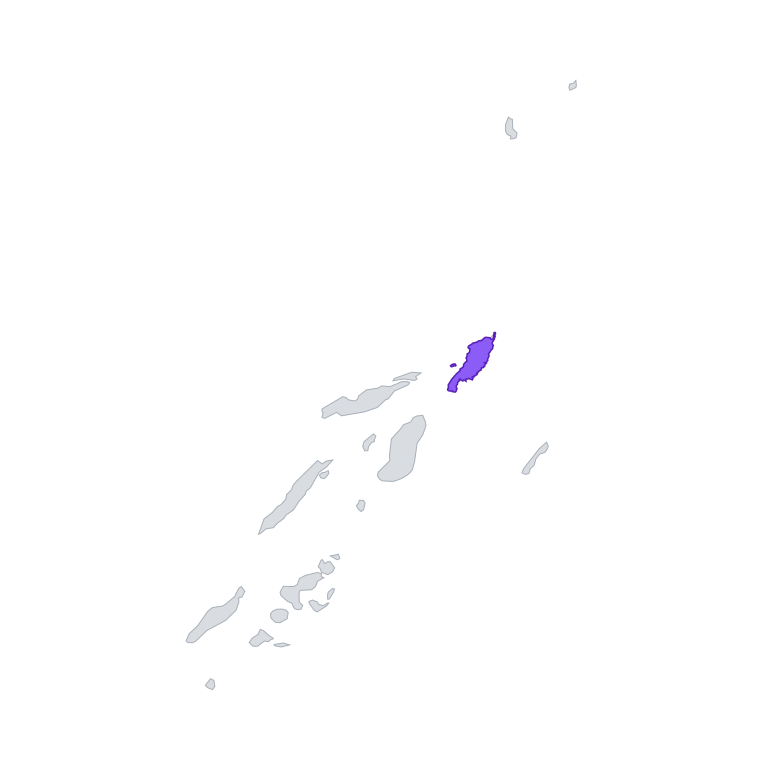 Makira highlighted on a map of Solomon Islands, rotated 276°
{"feature_id": "SLB-3509", "entity_name": "Makira", "entity_type": "Province", "adm_level": 1, "iso_a3": "SLB", "parent_name": "Solomon Islands", "parent_adm1": "", "projection": "robinson", "projection_center": [161.795, -10.523], "detail": "fine", "context": "in_parent", "style": "filled", "palette": "violet", "viewbox_px": 768, "rotation_deg": 276, "n_neighbors": 0, "source": "natural_earth", "source_scale": "10m", "svg_char_len": 6331}
<svg xmlns="http://www.w3.org/2000/svg" viewBox="0 0 768 768"><g transform="rotate(276 384 384)"><path d="M295.7,387.4L308.3,397.8L313.7,396.9L330.3,397.1L340.1,404.5L345.8,408.0L349.0,414.6L353.0,416.2L355.5,419.6L356.9,425.8L350.8,429.1L347.2,430.1L337.6,427.9L328.4,423.1L310.1,422.5L301.6,421.1L298.7,419.3L296.0,416.9L291.7,411.1L288.4,404.3L287.8,400.3L287.5,392.7L288.6,389.9L292.0,387.1L295.7,387.4ZM352.8,325.0L367.1,344.4L366.5,347.8L364.6,350.1L364.0,356.6L365.8,359.1L369.7,360.2L376.3,367.2L379.2,378.3L381.9,382.1L382.0,390.3L388.3,401.6L388.8,407.0L388.2,409.4L385.6,408.0L378.2,395.2L369.6,389.7L368.6,387.3L360.0,379.9L354.2,367.3L347.9,345.0L350.8,339.7L343.7,328.8L344.1,325.9L349.1,326.5L350.1,325.2L352.8,325.0ZM301.3,334.7L303.1,340.9L295.4,335.4L289.6,328.8L272.9,321.5L269.3,317.8L266.3,317.4L257.8,311.3L249.4,307.2L243.0,299.8L239.9,298.5L234.6,292.7L229.5,288.9L227.7,281.9L222.7,277.1L221.5,275.0L237.3,278.8L244.7,286.5L251.0,290.9L253.2,294.0L258.9,298.3L263.9,298.7L269.0,303.0L273.7,304.2L277.3,306.5L300.9,325.9L298.1,331.0L301.3,334.7ZM408.2,459.9L415.4,463.7L419.5,463.1L425.7,465.7L430.5,464.2L433.4,467.6L440.9,480.9L440.9,485.2L445.8,488.3L441.7,488.9L435.9,487.3L431.5,488.4L426.9,485.8L419.1,484.4L412.3,481.4L398.0,471.6L398.1,466.7L395.8,464.3L395.1,458.2L390.0,456.3L384.1,456.0L383.6,453.1L384.7,448.0L389.1,448.1L394.5,450.2L408.2,459.9ZM165.8,261.0L167.7,263.3L163.2,267.2L157.4,265.1L156.0,261.7L151.9,262.5L143.7,260.6L132.4,251.3L120.4,233.7L108.9,224.0L106.7,221.0L106.4,216.0L107.9,214.1L115.1,216.2L124.4,224.2L139.6,232.5L143.7,236.7L146.4,246.9L149.0,250.0L157.2,257.8L165.8,261.0ZM181.8,320.3L185.4,325.7L189.6,337.5L188.8,341.6L185.9,341.8L185.1,344.4L181.0,338.7L175.7,337.1L171.8,333.6L170.0,322.1L167.0,321.4L158.2,322.5L155.4,326.3L151.4,325.1L150.5,321.7L151.2,318.4L156.5,315.1L157.6,310.9L162.9,303.6L166.1,302.4L172.3,305.0L173.1,315.3L175.4,318.7L181.8,320.3ZM343.1,551.7L339.2,553.9L335.5,552.8L332.8,551.1L330.5,546.1L325.6,543.0L318.7,541.7L315.2,538.4L310.4,537.5L309.0,534.8L309.4,532.0L310.2,530.5L314.6,531.8L335.8,545.1L343.1,551.7ZM120.1,299.6L119.1,300.5L117.1,297.0L115.7,295.9L115.8,291.9L110.0,285.6L109.5,281.2L112.8,276.9L117.3,279.4L121.8,284.8L127.1,286.6L126.0,290.1L121.3,296.6L120.1,299.6ZM149.0,309.9L146.7,312.6L140.4,312.2L135.7,305.5L135.7,300.6L139.4,296.0L143.9,295.2L146.4,296.9L148.7,300.8L149.5,305.6L149.0,309.9ZM201.6,349.1L196.0,354.2L191.9,352.5L188.5,348.1L190.2,341.4L193.5,340.0L195.3,337.7L201.4,339.5L203.0,340.8L199.3,344.1L201.3,346.6L201.6,349.1ZM660.7,484.0L651.3,485.4L647.6,490.1L642.7,489.6L641.1,485.8L641.1,483.9L643.7,484.2L645.1,480.5L647.9,478.6L654.5,477.7L662.4,479.8L660.5,483.2L660.7,484.0ZM398.6,410.4L398.9,419.7L394.6,414.6L392.5,416.4L390.7,414.0L391.1,403.1L388.1,392.6L390.5,393.6L398.6,410.4ZM160.4,351.0L160.4,352.0L157.3,350.1L150.3,341.3L151.5,338.4L157.9,332.7L159.8,332.0L161.7,335.5L160.1,340.7L158.0,342.0L157.2,346.9L160.4,351.0ZM319.6,369.4L324.5,370.1L333.3,378.8L331.2,381.4L327.1,380.1L325.8,380.6L324.5,377.7L320.0,375.1L316.0,374.9L315.5,371.9L319.6,369.4ZM263.5,377.7L256.8,376.8L254.8,374.5L257.2,371.3L260.1,369.2L262.8,371.1L265.8,371.6L266.1,375.7L263.5,377.7ZM71.4,245.8L65.6,247.4L62.1,245.3L63.6,240.3L65.6,237.8L72.8,242.3L71.4,245.8ZM292.0,337.6L289.3,338.5L285.3,336.1L283.5,334.0L284.3,330.6L286.7,329.3L289.4,331.6L289.7,333.9L292.0,337.6ZM705.9,543.1L700.9,544.1L698.9,543.8L695.6,538.2L698.1,536.9L701.7,537.4L702.8,540.7L705.9,543.1ZM175.1,354.0L175.0,356.2L171.7,355.5L164.4,352.1L164.1,350.5L168.3,349.9L171.3,350.4L175.1,354.0ZM115.9,310.8L114.7,317.4L111.7,309.3L112.3,302.7L113.4,301.9L115.9,310.8ZM209.9,356.5L205.7,358.3L204.3,355.7L207.4,348.7L209.9,356.5Z" fill="#d9dde1" stroke="#a8b0b8" stroke-width="1"/><path d="M445.9,488.3L446.5,488.0L446.9,488.5L446.8,489.3L446.1,489.7L445.3,489.5L444.6,489.3L443.9,489.2L443.1,489.7L442.7,489.4L442.1,489.3L441.1,489.2L440.4,489.1L436.3,487.3L435.0,487.5L433.7,488.8L433.1,488.4L432.3,488.3L430.8,488.3L430.2,488.2L429.8,487.8L429.4,487.4L429.0,487.0L426.5,485.9L425.6,485.0L425.1,484.8L424.4,484.9L422.7,485.6L422.2,485.4L421.6,485.1L419.2,484.3L419.3,484.4L419.0,484.6L418.3,484.8L417.9,484.6L417.3,484.0L417.1,483.9L416.5,483.7L416.1,483.2L415.7,482.1L415.4,483.0L415.3,483.5L414.1,482.4L413.4,482.2L412.6,482.5L412.4,482.1L412.0,481.6L411.8,481.2L411.2,481.5L410.8,481.1L410.5,480.4L410.6,479.9L410.1,479.1L409.4,479.1L408.6,479.2L407.9,479.0L407.5,478.4L407.3,477.6L407.0,477.0L406.1,476.8L405.8,476.3L405.1,475.5L404.3,475.0L403.9,475.2L403.7,475.8L403.0,475.3L402.0,474.1L402.0,473.6L401.7,473.2L401.3,472.9L400.8,472.8L400.9,472.3L400.8,471.8L400.5,471.4L400.0,470.9L399.6,471.6L398.9,471.8L398.1,471.7L397.3,471.4L398.4,467.4L397.8,466.9L397.7,466.3L397.8,465.6L397.5,464.9L397.1,464.8L396.0,465.1L395.3,465.2L395.8,464.4L396.3,463.3L396.2,462.4L395.3,462.1L395.9,460.4L396.3,459.7L396.7,459.3L397.0,459.2L396.9,458.9L396.5,458.5L396.2,458.4L395.3,458.5L394.9,458.5L394.5,458.1L394.3,457.7L393.9,457.3L393.1,457.1L391.6,457.1L390.9,456.9L390.7,456.5L390.3,456.2L389.5,456.1L388.3,456.2L387.9,456.4L387.7,456.7L387.4,457.0L386.9,457.1L386.5,457.1L386.1,456.8L384.6,456.5L384.0,456.3L383.5,455.8L383.3,454.8L383.8,453.4L383.5,452.7L383.8,452.4L384.0,452.2L384.4,451.8L384.0,450.8L383.9,449.4L384.4,448.2L385.5,447.8L385.8,447.9L386.1,448.1L386.4,448.3L386.7,448.6L389.9,448.0L396.0,451.0L402.1,455.3L405.5,458.5L406.6,458.0L407.3,458.5L408.5,460.5L409.3,461.1L410.2,461.2L411.1,461.1L411.8,461.2L412.5,461.5L414.2,462.7L414.5,463.2L415.0,463.8L416.3,463.9L417.6,463.5L418.4,462.9L420.6,463.7L421.6,463.8L422.4,463.4L422.9,463.9L423.7,465.1L424.3,465.6L425.0,465.8L426.8,465.6L427.8,465.8L428.1,465.7L428.4,464.3L428.7,464.0L429.3,463.8L429.8,463.8L430.9,464.4L432.5,466.8L433.1,467.4L433.8,467.8L434.2,468.8L435.4,472.3L435.7,472.8L436.1,473.1L436.5,473.3L436.8,473.5L437.0,475.7L437.5,476.7L438.3,477.4L440.3,478.9L440.9,479.7L441.1,480.8L441.1,484.5L441.0,484.8L440.6,484.9L440.2,485.3L439.8,485.7L439.6,486.1L440.0,487.7L441.8,488.0L444.1,487.9L445.9,488.3ZM409.6,452.4L409.9,451.8L409.7,451.6L409.3,451.5L409.0,451.3L408.3,449.8L408.3,448.9L409.0,448.2L410.3,449.3L411.2,451.1L411.3,452.8L410.0,453.6L409.6,453.5L409.4,453.2L409.4,452.9L409.6,452.4Z" fill="#8b5cf6" stroke="#5b21b6" stroke-width="1.5"/></g></svg>